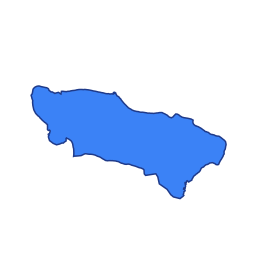 Bali, Taraba, Nigeria (Albers equal-area conic projection), rotated 234°
{"feature_id": "59680162B98222207712503", "entity_name": "Bali", "entity_type": "district", "adm_level": 2, "iso_a3": "NGA", "parent_name": "Nigeria", "parent_adm1": "Taraba", "projection": "albers", "projection_center": [10.998, 8.109], "detail": "fine", "context": "isolated", "style": "filled", "palette": "blue", "viewbox_px": 256, "rotation_deg": 234, "n_neighbors": 0, "source": "geoboundaries", "source_scale": "gbopen_adm2", "svg_char_len": 5329}
<svg xmlns="http://www.w3.org/2000/svg" viewBox="0 0 256 256"><g transform="rotate(234 128 128)"><path d="M185.4,63.1L183.9,63.4L182.7,63.7L181.5,63.9L180.6,64.4L179.4,64.4L178.2,64.9L175.7,63.2L174.2,62.0L173.3,62.0L172.7,62.3L172.4,63.3L171.3,63.3L170.7,62.5L169.8,61.4L169.8,60.0L169.2,60.3L168.7,60.0L168.4,59.0L167.2,58.2L163.9,57.1L161.7,57.8L159.6,58.4L156.4,60.3L155.2,63.3L154.7,65.6L153.8,66.9L154.0,68.2L153.9,70.3L156.0,71.8L156.1,72.4L155.0,72.8L154.0,73.5L152.1,74.1L151.3,74.4L150.3,74.4L149.3,74.3L147.7,73.9L144.5,72.3L143.3,71.9L142.5,71.4L141.5,70.8L140.7,70.2L139.9,69.7L139.4,69.3L138.8,68.9L137.8,68.0L137.0,67.3L136.6,68.4L136.1,69.0L135.7,69.7L135.3,70.3L133.2,73.9L132.5,77.9L132.0,78.7L131.2,79.5L130.3,80.4L129.4,81.4L128.8,82.3L127.9,83.3L126.8,84.4L126.2,84.8L125.8,85.2L124.7,85.9L123.5,86.5L122.4,87.2L122.0,87.6L121.4,88.0L120.4,88.5L119.9,88.7L118.5,89.2L117.5,89.6L116.6,90.1L115.0,90.7L113.9,91.8L113.5,92.2L113.2,92.8L112.2,94.3L111.5,95.1L110.9,96.0L110.0,97.0L109.3,97.8L108.5,98.7L107.4,99.5L106.8,100.2L106.2,100.6L104.7,101.3L103.5,101.9L102.8,102.6L100.9,103.9L99.7,105.1L99.2,106.1L98.7,106.9L98.5,107.2L98.1,107.6L97.1,108.4L95.8,109.1L94.7,110.0L93.7,110.8L92.8,111.5L91.6,112.3L90.8,112.8L89.5,113.6L89.4,113.7L87.8,115.1L85.7,116.2L84.7,116.3L81.3,114.2L79.9,114.3L79.3,114.4L74.6,123.6L71.0,123.4L64.4,120.5L55.4,123.6L48.8,123.4L47.4,123.8L45.6,124.2L40.3,128.6L40.4,132.3L40.5,132.9L40.7,133.6L41.7,133.6L42.8,135.2L43.7,135.9L43.5,136.9L43.9,137.5L45.0,137.6L45.9,137.0L46.5,137.7L45.5,138.2L45.4,138.5L45.7,138.8L46.1,138.5L46.4,138.8L46.3,139.4L46.9,140.2L47.2,140.5L48.5,141.0L48.5,142.0L50.0,141.7L50.3,142.1L49.6,143.2L50.5,144.1L50.5,144.9L49.7,145.2L49.0,145.3L48.6,145.4L48.6,146.6L48.5,147.6L48.3,148.9L49.0,149.8L49.4,150.8L50.1,152.2L50.3,152.8L50.5,153.8L50.4,155.0L50.6,155.8L50.7,156.4L50.5,157.0L50.7,158.4L50.6,159.6L50.8,160.4L51.1,161.4L51.7,162.4L52.1,163.0L52.4,163.8L52.4,165.0L52.1,166.0L52.1,166.6L52.3,167.4L52.4,168.0L52.4,169.6L51.9,170.6L51.6,171.9L51.6,172.5L51.6,173.5L51.1,174.5L50.7,175.3L50.2,176.1L48.6,177.0L48.3,177.2L47.7,177.5L46.7,177.7L46.1,178.3L45.4,179.2L45.4,180.2L46.1,181.2L46.9,182.7L47.6,184.3L48.0,185.5L48.5,186.5L48.9,187.5L49.4,188.5L50.0,189.2L50.4,190.4L50.9,190.8L52.3,191.7L52.9,192.5L53.3,193.1L53.8,194.3L54.8,195.3L55.9,196.4L56.7,197.4L57.3,197.8L57.9,198.1L59.7,198.9L60.9,198.8L61.6,198.7L62.1,198.6L62.9,198.3L64.8,197.8L65.6,197.6L66.6,197.2L67.3,197.1L68.1,196.5L68.5,196.1L69.0,195.4L70.7,194.0L71.3,193.9L72.1,193.3L72.7,192.7L73.4,192.2L73.8,191.6L75.1,190.9L75.9,190.7L76.9,190.5L77.5,190.2L78.2,189.6L79.0,189.2L79.4,188.7L80.0,188.3L80.8,188.3L81.5,188.0L82.7,187.6L83.7,187.3L84.4,187.1L85.4,186.7L86.4,186.2L87.3,185.8L87.9,185.5L88.5,185.1L88.9,184.7L89.5,184.5L90.2,183.8L91.2,183.6L91.8,183.4L92.6,183.3L93.6,183.5L94.2,183.7L95.0,184.2L96.1,185.3L96.6,185.0L97.4,184.7L97.9,184.5L99.7,183.0L100.0,182.7L100.6,182.2L101.7,181.1L102.1,180.7L102.7,180.1L103.6,179.2L104.2,178.8L105.0,178.1L105.5,177.9L106.5,177.5L107.1,177.2L108.1,177.0L109.4,176.5L110.4,175.9L111.3,174.8L111.0,173.2L110.8,172.0L110.5,171.0L110.7,169.8L110.7,169.2L112.4,167.9L113.7,167.5L114.9,167.4L115.9,167.0L116.8,166.5L117.4,166.3L119.3,165.2L120.5,164.6L120.9,164.1L121.6,163.1L122.2,162.1L122.5,161.2L123.1,160.4L123.6,159.4L124.3,158.1L124.7,157.3L125.7,156.2L125.8,156.1L126.4,155.2L127.7,153.8L128.2,152.9L129.6,151.7L130.1,151.2L131.1,150.2L132.2,149.1L132.6,148.5L132.9,148.1L133.3,147.5L134.6,146.4L135.2,146.0L135.8,145.3L136.3,144.7L137.1,144.1L137.8,143.4L138.4,143.0L139.0,142.6L139.8,142.1L140.5,141.7L141.3,141.5L141.9,141.2L142.7,140.8L143.2,140.6L144.2,140.1L145.0,140.1L146.4,139.8L147.1,139.8L148.7,139.5L150.1,139.3L151.1,139.2L151.6,139.2L152.8,139.1L153.6,139.1L154.8,139.0L155.4,139.2L156.6,139.0L157.2,138.9L158.5,138.9L159.3,138.6L159.7,138.4L160.5,138.0L162.6,138.3L163.7,138.6L163.7,138.2L163.8,137.5L164.3,137.2L164.4,137.3L164.4,137.2L164.8,137.5L165.1,137.6L165.2,137.0L164.9,136.7L164.3,136.6L164.2,135.9L164.6,135.7L164.9,135.3L165.2,134.9L165.6,134.3L166.1,133.3L167.2,132.5L167.7,131.7L168.1,131.1L168.5,130.7L169.3,129.9L170.5,129.0L171.3,128.3L172.5,127.1L173.5,126.3L174.3,125.4L174.9,124.9L176.0,124.0L176.8,123.3L176.9,123.2L177.5,122.6L178.4,121.7L179.3,121.0L180.3,120.1L181.5,119.0L182.4,118.1L183.1,117.3L183.6,116.8L184.6,115.7L185.2,114.6L186.3,113.3L187.2,112.1L187.6,111.5L188.2,110.5L189.0,108.9L189.5,107.6L189.6,107.4L190.3,106.1L190.8,105.3L191.1,104.7L191.7,103.5L192.2,102.1L192.9,101.1L193.3,100.4L193.5,99.7L195.1,97.8L195.5,97.4L195.9,97.0L196.8,95.7L194.9,93.7L195.5,93.4L197.2,92.9L197.8,92.6L198.3,91.1L198.7,90.3L198.9,89.2L199.8,88.9L200.5,88.4L201.5,88.1L202.5,86.9L203.8,86.6L204.8,86.2L205.9,86.6L206.8,86.6L207.7,86.2L208.4,85.9L209.0,85.2L209.3,85.0L209.6,84.7L210.5,83.9L211.4,83.1L212.5,82.1L214.1,80.9L214.8,79.9L215.3,78.9L215.7,77.1L215.7,76.2L215.6,75.5L215.5,75.0L215.2,74.0L212.5,71.2L211.7,70.0L211.5,68.9L210.5,68.5L209.5,68.2L208.5,67.7L207.7,67.5L207.1,67.3L206.1,67.0L205.7,66.6L204.6,65.7L203.2,64.9L202.0,64.2L198.6,62.7L197.6,62.4L196.4,62.2L195.4,62.1L194.2,61.9L193.4,62.0L192.6,62.0L191.9,62.2L190.7,62.3L189.7,62.7L189.1,62.8L188.2,62.8L187.4,62.8L186.8,62.9L186.2,63.1L185.4,63.1Z" fill="#3b82f6" stroke="#1e3a8a" stroke-width="1.5"/></g></svg>